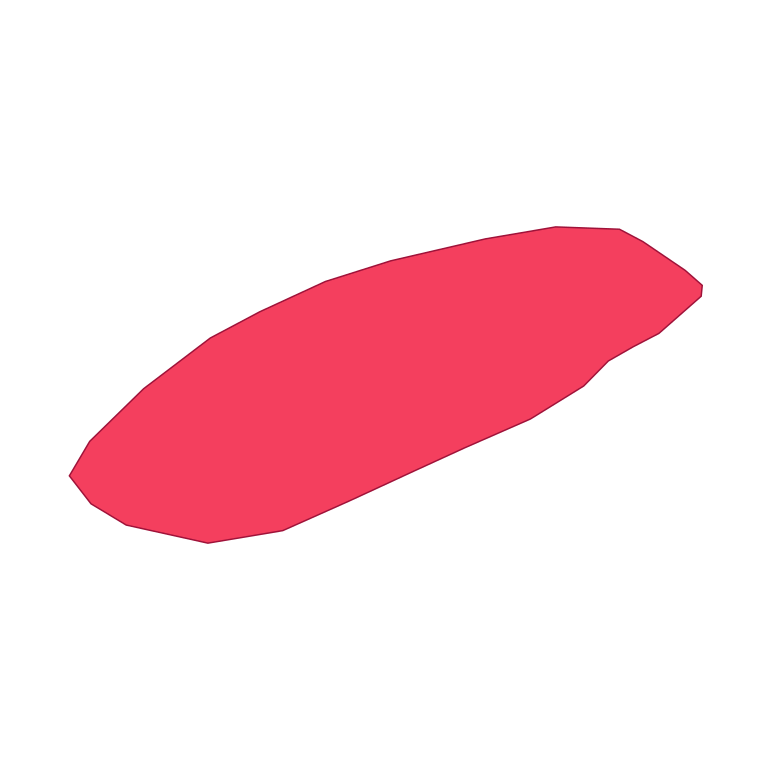 Lakena, Tuvalu (Equal Earth projection), rotated 307°
{"feature_id": "33948139B28516646403189", "entity_name": "Lakena", "entity_type": "district", "adm_level": 2, "iso_a3": "TUV", "parent_name": "Tuvalu", "parent_adm1": "", "projection": "equal_earth", "projection_center": [176.069, -5.648], "detail": "fine", "context": "isolated", "style": "filled", "palette": "rose", "viewbox_px": 768, "rotation_deg": 307, "n_neighbors": 0, "source": "geoboundaries", "source_scale": "gbopen_adm2", "svg_char_len": 495}
<svg xmlns="http://www.w3.org/2000/svg" viewBox="0 0 768 768"><g transform="rotate(307 384 384)"><path d="M121.3,188.0L112.0,222.1L116.2,263.0L150.9,339.1L206.0,391.4L269.6,426.6L333.2,460.7L381.5,486.8L444.2,522.0L502.6,544.7L537.4,549.3L563.7,560.6L589.9,573.1L645.0,584.5L654.3,578.8L656.0,556.1L653.5,505.0L649.3,478.9L612.8,426.6L561.1,377.8L486.5,315.3L430.6,275.5L367.1,241.4L316.2,217.6L235.7,194.9L161.1,183.5L121.3,188.0Z" fill="#f43f5e" stroke="#9f1239" stroke-width="1.5"/></g></svg>